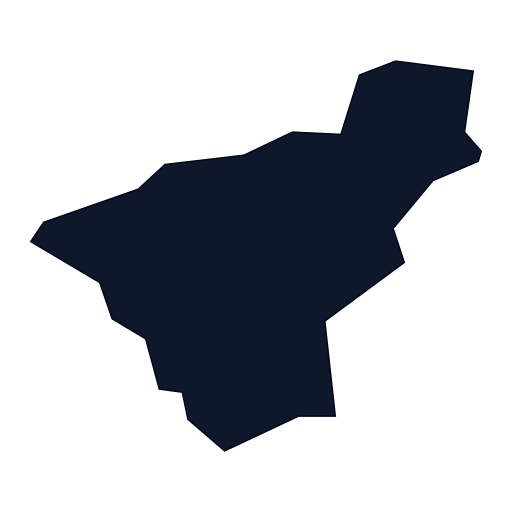 map outline of Castlereagh (Equal Earth projection)
{"feature_id": "GBR-2103", "entity_name": "Castlereagh", "entity_type": "District", "adm_level": 1, "iso_a3": "GBR", "parent_name": "United Kingdom", "parent_adm1": "", "projection": "equal_earth", "projection_center": [-5.844, 54.549], "detail": "fine", "context": "isolated", "style": "filled", "palette": "ink", "viewbox_px": 512, "rotation_deg": 0, "n_neighbors": 0, "source": "natural_earth", "source_scale": "10m", "svg_char_len": 450}
<svg xmlns="http://www.w3.org/2000/svg" viewBox="0 0 512 512"><path d="M335.3,416.1L298.6,416.1L224.6,450.9L187.9,419.3L182.3,392.2L159.3,389.1L145.7,338.9L112.2,318.8L99.7,282.5L30.7,241.6L43.7,222.3L138.3,189.1L165.0,164.5L243.9,155.2L292.4,132.1L340.9,134.4L359.5,75.0L395.6,61.1L473.2,71.1L464.5,132.1L481.3,151.3L478.2,161.3L432.9,180.6L393.1,228.5L404.3,262.4L324.8,321.1L335.3,416.1Z" fill="#0f172a" stroke="#020617" stroke-width="1.5"/></svg>